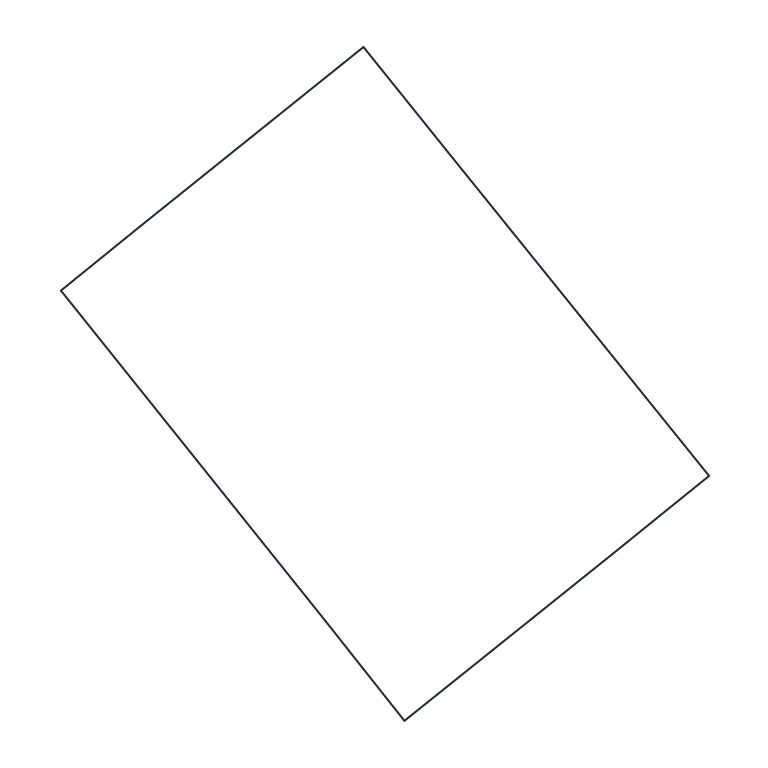 outline of Pulaski, Indiana, United States of America, rotated 51°
{"feature_id": "52423323B65186768843846", "entity_name": "Pulaski", "entity_type": "district", "adm_level": 2, "iso_a3": "USA", "parent_name": "United States of America", "parent_adm1": "Indiana", "projection": "natural_earth1", "projection_center": [-86.673, 41.041], "detail": "fine", "context": "isolated", "style": "outline", "palette": "slate", "viewbox_px": 768, "rotation_deg": 51, "n_neighbors": 0, "source": "geoboundaries", "source_scale": "gbopen_adm2", "svg_char_len": 273}
<svg xmlns="http://www.w3.org/2000/svg" viewBox="0 0 768 768"><g transform="rotate(51 384 384)"><path d="M658.6,580.1L659.9,319.5L660.0,189.2L246.9,188.4L109.2,187.9L108.0,479.4L108.1,576.3L524.0,578.6L658.6,580.1Z" fill="none" stroke="#1e293b" stroke-width="2"/></g></svg>